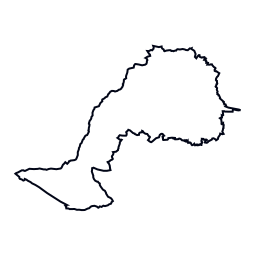 outline of Poieni, Cluj, Romania
{"feature_id": "2599482B79403381618671", "entity_name": "Poieni", "entity_type": "district", "adm_level": 2, "iso_a3": "ROU", "parent_name": "Romania", "parent_adm1": "Cluj", "projection": "natural_earth1", "projection_center": [22.871, 46.852], "detail": "fine", "context": "isolated", "style": "outline", "palette": "ink", "viewbox_px": 256, "rotation_deg": 0, "n_neighbors": 0, "source": "geoboundaries", "source_scale": "gbopen_adm2", "svg_char_len": 5858}
<svg xmlns="http://www.w3.org/2000/svg" viewBox="0 0 256 256"><path d="M66.3,208.4L68.4,208.5L69.7,209.1L74.5,209.0L76.9,209.8L79.1,209.7L81.7,210.1L84.7,210.0L87.6,208.6L89.2,208.2L90.7,206.7L92.0,206.1L94.5,205.8L96.9,206.6L98.0,207.6L98.5,207.7L99.8,206.4L101.6,206.9L103.3,205.7L105.0,206.1L107.9,205.3L108.8,204.5L111.1,203.6L111.5,202.2L112.9,201.1L111.9,199.3L110.8,198.1L108.0,196.7L106.1,193.6L106.0,192.8L104.9,190.8L102.9,189.6L100.7,186.6L99.8,185.0L99.8,183.5L98.7,182.8L97.9,181.7L97.1,181.7L95.2,180.7L93.8,178.8L93.2,177.0L93.3,175.8L91.8,171.5L92.2,169.2L92.1,168.2L93.5,167.7L97.4,169.4L103.6,170.8L107.0,170.8L110.5,170.1L110.1,168.6L109.7,165.5L108.8,163.4L107.8,162.5L107.6,162.0L109.3,161.4L110.5,160.3L112.3,159.5L112.8,158.9L112.1,157.4L111.9,156.5L112.1,155.9L112.8,155.1L113.4,153.8L113.4,152.8L113.0,152.1L116.0,151.7L118.0,150.1L118.0,149.3L118.5,148.5L118.5,147.2L119.8,143.7L119.8,142.3L121.7,139.8L121.2,139.6L120.0,139.8L117.5,137.9L118.3,137.4L118.8,136.2L119.8,135.2L122.2,135.6L126.0,135.7L126.5,135.1L126.7,133.9L126.6,133.0L126.2,132.4L126.3,131.9L127.9,130.5L128.3,129.8L130.0,130.4L133.0,133.0L134.7,133.6L134.8,134.0L137.1,135.1L139.0,134.8L139.0,133.9L139.4,133.0L140.4,132.4L142.0,132.3L142.3,131.8L142.2,130.9L142.5,131.0L143.1,131.5L143.6,132.5L145.3,133.7L147.3,134.0L148.6,136.0L149.8,136.7L149.9,137.2L149.4,137.8L149.0,138.9L148.0,140.1L149.5,141.4L150.9,142.1L151.4,142.1L152.6,141.2L156.1,138.2L159.0,137.3L159.8,134.9L161.1,133.9L161.9,133.8L162.6,134.0L164.1,135.7L162.7,136.4L162.9,136.7L162.7,137.0L162.7,137.6L163.0,137.7L163.0,139.7L163.3,140.0L167.5,139.7L168.4,138.6L168.4,138.1L172.0,137.7L175.8,138.0L174.8,138.4L172.9,138.2L173.3,138.6L174.3,138.5L175.0,139.3L175.4,139.3L177.9,139.2L178.6,139.0L179.0,138.6L179.6,138.6L180.7,139.0L182.1,140.3L183.1,140.3L184.4,140.9L184.8,140.4L185.1,140.8L186.2,140.1L186.6,140.3L185.3,141.0L185.6,141.5L186.8,141.7L187.7,140.7L187.8,141.9L188.1,142.8L189.0,142.4L189.5,142.4L189.5,142.8L190.6,142.8L191.1,143.4L191.4,144.5L192.1,145.2L193.1,144.9L194.1,143.9L194.3,144.7L194.7,144.7L195.0,145.3L195.9,145.1L195.8,144.6L196.8,144.5L197.0,144.5L196.9,145.2L197.5,145.3L199.0,145.1L198.9,145.4L199.1,145.2L199.1,144.6L200.8,144.0L201.2,145.0L201.4,145.0L201.5,144.0L201.8,143.5L201.6,143.0L202.3,142.3L201.4,141.1L201.5,140.2L202.0,139.4L201.9,138.8L203.3,138.9L203.6,139.6L206.5,139.6L206.8,139.9L205.2,141.1L205.0,142.5L206.8,142.8L207.8,142.2L208.3,141.4L211.8,139.6L212.3,138.5L213.6,138.3L215.7,139.5L216.1,140.3L216.5,140.1L218.0,138.9L218.2,137.4L219.9,135.0L220.2,133.6L222.4,134.2L223.6,133.9L222.7,132.4L222.3,131.3L222.8,130.3L223.1,128.5L223.5,128.1L223.3,127.7L223.6,127.0L223.4,126.4L223.7,125.6L223.6,124.7L222.9,124.5L223.1,124.4L223.1,123.3L222.5,123.8L221.5,123.2L221.7,121.9L221.5,121.7L221.2,119.3L219.9,118.2L220.7,117.7L222.0,117.5L221.8,115.4L222.3,115.7L223.2,115.1L222.7,111.2L224.3,111.2L224.9,111.6L232.6,111.7L233.0,109.3L236.9,110.2L238.8,110.4L239.2,110.1L240.6,110.3L239.1,109.6L228.4,107.6L225.4,106.4L226.1,105.7L225.6,104.5L224.6,104.4L224.7,104.1L224.0,103.7L224.2,103.3L223.7,102.4L223.8,101.9L223.2,101.7L223.3,101.4L219.9,98.4L220.1,97.8L219.0,95.3L218.6,95.3L218.6,94.9L217.6,94.3L217.9,94.0L217.1,92.8L217.6,91.7L216.8,89.7L217.1,88.1L216.3,87.0L215.8,86.9L215.6,86.5L216.3,85.4L216.4,84.3L217.0,84.1L217.3,83.5L217.0,82.5L216.9,80.8L216.3,80.6L215.9,80.0L216.1,78.5L217.1,76.8L217.9,76.2L219.3,73.2L217.2,71.9L216.4,71.2L215.5,71.3L214.7,70.9L214.6,69.8L215.5,68.4L215.4,67.9L213.9,67.0L212.2,65.1L212.0,64.4L210.9,64.3L209.9,64.7L207.6,64.6L207.7,64.2L207.4,64.3L207.9,62.9L206.2,62.8L206.5,61.4L206.3,61.1L205.8,61.0L205.7,59.8L204.2,59.8L204.4,59.4L205.5,58.7L205.3,58.6L205.5,58.2L204.5,57.7L204.4,57.1L203.9,57.1L203.0,57.5L202.3,57.3L201.5,57.6L199.8,56.8L199.5,55.1L198.8,55.1L197.4,56.6L196.3,58.3L194.9,56.9L195.6,54.0L194.3,50.8L191.2,48.8L191.4,48.3L190.6,48.6L189.8,48.4L187.8,50.2L185.9,50.0L184.9,49.5L182.7,49.0L179.9,49.5L177.6,49.2L176.8,49.6L176.1,50.6L175.5,50.5L173.4,51.2L172.9,50.9L171.3,51.0L170.6,50.2L169.2,50.2L166.3,50.6L164.6,51.2L164.1,50.9L163.7,49.5L162.2,48.5L161.7,47.5L161.6,46.5L158.9,47.1L153.2,45.9L153.7,47.3L153.5,48.8L152.7,49.4L152.6,49.9L152.2,50.3L150.9,50.0L148.9,51.1L147.3,51.0L149.2,54.0L149.9,54.5L150.2,55.9L147.5,56.7L145.6,57.9L146.1,58.1L146.2,58.4L147.0,59.1L147.4,60.1L146.9,60.9L146.8,62.6L146.4,63.8L145.1,64.7L142.1,65.3L138.8,64.5L135.6,64.0L135.1,64.1L134.1,65.4L133.7,67.6L129.2,68.6L127.7,69.6L127.3,72.6L126.2,75.6L126.0,76.9L126.2,78.2L125.4,78.8L124.2,79.4L123.9,79.9L123.8,81.8L123.3,83.5L122.8,84.1L123.2,84.9L122.3,87.1L121.8,87.5L121.3,88.6L119.8,89.6L118.9,89.7L117.3,90.9L115.0,91.5L113.9,91.0L111.9,90.9L110.3,91.7L109.3,93.0L109.2,93.4L108.2,94.2L107.3,96.5L105.4,97.3L104.5,98.3L102.3,99.5L102.1,100.2L102.3,101.3L100.4,103.0L98.9,106.2L94.6,107.5L94.3,109.0L93.4,110.2L92.5,112.7L92.6,115.5L91.4,117.0L91.3,118.3L90.8,119.4L89.7,120.8L88.9,123.3L88.9,123.9L89.5,124.4L89.4,125.8L88.8,128.0L88.8,129.5L88.4,130.2L88.4,130.7L88.9,131.2L88.8,131.9L87.2,135.0L85.8,135.5L85.2,136.0L83.7,138.6L83.7,139.0L82.8,139.7L81.5,143.1L80.3,144.1L79.7,146.8L78.9,148.1L78.9,149.2L77.8,152.1L77.8,155.1L76.4,158.7L75.8,159.5L74.5,160.1L70.4,160.6L69.9,161.1L69.1,161.2L68.6,162.4L67.2,163.8L65.3,162.2L64.1,163.7L62.9,164.8L61.6,167.6L60.7,168.5L56.4,169.2L51.0,168.6L48.7,169.0L46.6,169.8L45.3,169.4L43.6,169.4L39.6,168.5L37.6,168.9L33.8,169.1L29.4,168.8L25.1,170.9L24.3,170.9L23.5,170.3L21.9,170.3L17.8,172.5L16.3,173.0L15.4,173.7L19.3,176.9L19.4,178.2L19.9,178.9L21.7,179.4L23.2,180.5L23.7,180.5L24.7,179.9L24.8,179.0L26.5,179.7L27.8,180.7L30.6,182.1L32.0,183.3L35.3,184.9L39.1,187.2L47.2,193.1L60.5,201.6L66.8,204.9L65.9,205.0L66.0,205.1L65.5,205.5L66.4,205.9L66.3,206.5L65.9,206.9L66.2,207.4L66.3,208.4Z" fill="none" stroke="#020617" stroke-width="2"/></svg>